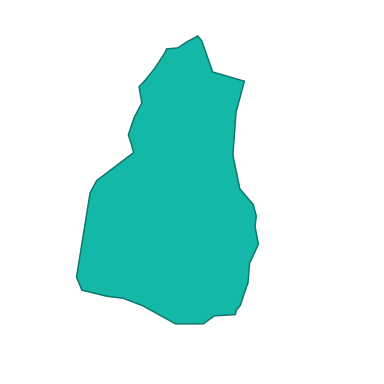 Santiago Nejapilla, Oaxaca, Mexico (Albers equal-area conic projection), rotated 29°
{"feature_id": "50627088B17376037616195", "entity_name": "Santiago Nejapilla", "entity_type": "district", "adm_level": 2, "iso_a3": "MEX", "parent_name": "Mexico", "parent_adm1": "Oaxaca", "projection": "albers", "projection_center": [-97.386, 17.432], "detail": "fine", "context": "isolated", "style": "filled", "palette": "teal", "viewbox_px": 384, "rotation_deg": 29, "n_neighbors": 0, "source": "geoboundaries", "source_scale": "gbopen_adm2", "svg_char_len": 663}
<svg xmlns="http://www.w3.org/2000/svg" viewBox="0 0 384 384"><g transform="rotate(29 192 192)"><path d="M276.9,226.4L276.2,216.2L275.3,205.3L263.9,191.7L259.9,181.9L251.7,173.3L232.4,166.1L211.7,142.0L209.5,139.1L191.9,101.0L184.1,69.7L151.9,77.0L127.4,55.2L121.4,52.7L114.5,63.6L109.7,72.9L100.4,79.2L100.8,83.5L99.5,101.8L96.9,116.7L94.7,125.7L105.0,138.5L105.3,154.9L108.6,172.8L115.3,179.1L121.8,185.8L103.1,228.2L103.2,241.9L132.2,322.3L143.3,331.3L168.6,324.3L183.1,318.4L203.7,315.4L241.5,315.3L265.8,301.8L271.6,289.5L289.3,278.2L288.2,274.1L289.2,267.8L285.8,249.3L285.2,244.7L276.9,226.4Z" fill="#14b8a6" stroke="#0f766e" stroke-width="1.5"/></g></svg>